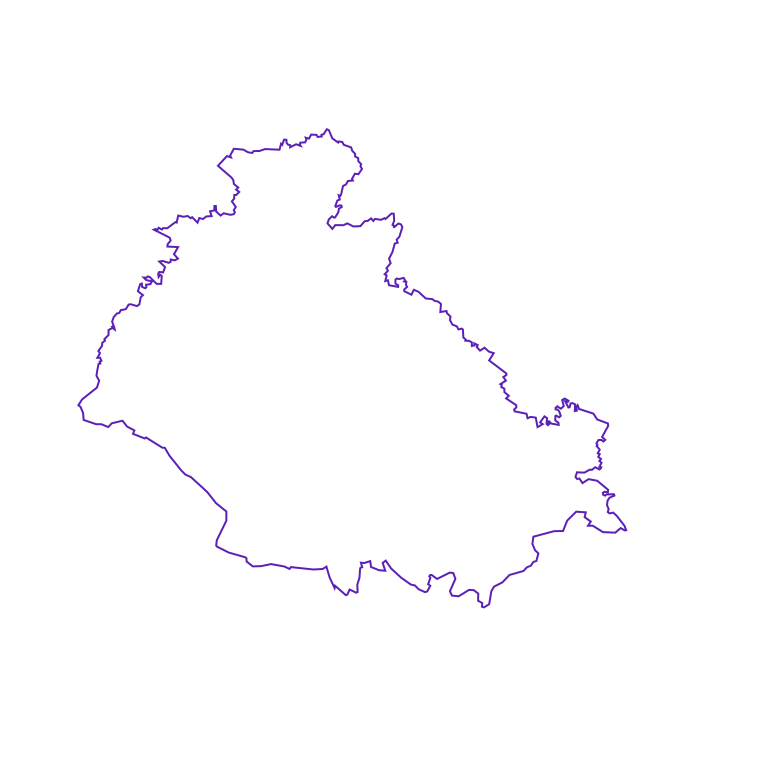 outline of Gaibandha, Rangpur, Bangladesh, rotated 111°
{"feature_id": "16705992B74857221285320", "entity_name": "Gaibandha", "entity_type": "district", "adm_level": 2, "iso_a3": "BGD", "parent_name": "Bangladesh", "parent_adm1": "Rangpur", "projection": "natural_earth1", "projection_center": [89.465, 25.343], "detail": "fine", "context": "isolated", "style": "outline", "palette": "violet", "viewbox_px": 768, "rotation_deg": 111, "n_neighbors": 0, "source": "geoboundaries", "source_scale": "gbopen_adm2", "svg_char_len": 6154}
<svg xmlns="http://www.w3.org/2000/svg" viewBox="0 0 768 768"><g transform="rotate(111 384 384)"><path d="M519.0,654.5L525.2,651.5L524.7,638.4L522.8,633.3L523.0,626.0L518.3,624.1L512.0,615.0L515.8,608.6L516.8,600.4L520.5,600.4L520.6,587.8L519.2,587.0L522.9,568.1L522.1,565.8L527.8,558.6L537.3,542.4L539.7,537.1L540.1,530.9L548.1,510.5L555.5,498.0L559.5,485.5L568.1,482.2L589.7,484.1L594.9,482.8L595.7,481.6L597.0,468.6L595.5,451.4L596.0,450.0L599.0,448.6L601.3,441.1L598.1,433.5L592.6,424.9L590.1,411.8L590.5,405.9L588.3,405.3L582.5,383.5L578.7,375.0L575.1,372.3L583.9,365.6L592.2,357.0L589.9,357.3L594.8,344.0L593.8,342.8L588.2,342.4L588.8,335.2L587.6,334.1L581.0,337.0L573.5,337.5L565.8,339.9L563.9,340.1L562.8,338.7L559.1,341.5L558.1,338.1L554.3,333.4L559.5,330.5L559.6,321.9L557.9,315.9L551.5,321.1L548.3,319.1L553.7,311.2L558.7,298.5L561.6,287.1L561.0,282.9L563.2,278.2L563.6,271.2L562.2,269.3L555.8,268.5L555.1,271.0L548.2,271.3L547.3,272.8L545.9,272.5L545.2,271.1L547.0,264.6L536.5,255.0L535.7,251.6L540.3,247.5L553.8,248.2L557.2,244.8L555.4,238.2L545.7,230.8L544.3,226.2L545.9,220.9L552.6,218.5L553.3,213.7L556.8,212.8L556.7,210.6L551.9,206.9L539.1,209.5L533.8,208.7L526.8,202.4L517.3,198.4L508.6,186.8L503.9,184.9L501.0,181.8L496.6,180.8L494.6,178.3L486.8,179.2L485.0,183.5L480.0,188.2L473.0,189.8L460.4,172.4L457.1,164.2L445.8,164.0L434.3,158.8L431.5,149.6L436.4,149.0L438.3,141.7L443.2,142.7L441.5,138.3L443.8,126.5L439.9,114.8L433.7,111.4L434.4,106.6L433.7,105.5L430.2,108.7L423.8,119.2L421.9,123.9L424.0,127.1L423.3,129.2L420.3,129.4L417.3,132.3L412.9,133.5L409.3,132.7L405.6,128.9L404.5,129.9L407.5,136.9L409.0,137.6L408.9,139.6L407.2,140.7L405.5,139.4L404.9,136.2L402.5,136.8L397.9,150.3L399.5,158.9L405.4,163.2L402.2,167.7L403.5,169.6L402.2,171.9L397.3,172.2L394.9,165.1L390.3,161.3L389.6,159.1L386.0,157.0L386.6,152.2L384.7,151.3L383.8,151.4L384.1,153.2L379.6,152.7L378.7,155.3L376.3,154.5L375.2,157.9L372.2,157.5L372.1,159.6L367.9,159.1L365.7,163.3L364.3,162.9L363.3,164.4L359.4,163.7L358.3,160.8L359.1,158.6L356.9,157.4L355.3,161.4L342.8,159.7L340.6,160.8L340.7,172.3L336.6,177.9L337.4,193.0L334.4,195.6L336.6,196.3L339.7,194.4L340.9,196.2L334.6,198.2L334.3,200.9L335.3,202.9L339.2,202.4L339.8,203.4L335.2,208.7L334.8,206.0L333.5,205.8L332.8,210.0L335.1,211.9L340.1,208.3L343.7,210.0L342.7,214.2L344.8,215.3L346.2,214.7L345.7,212.6L346.9,210.5L350.4,207.6L352.3,208.5L351.8,212.0L352.5,212.5L356.6,211.1L357.7,207.2L359.6,206.3L361.0,213.7L359.6,216.6L360.8,217.6L362.1,215.5L363.6,216.1L363.0,218.0L357.5,219.5L356.7,222.6L363.9,224.5L364.6,221.5L369.2,225.2L361.0,230.3L362.2,235.3L364.5,237.7L360.7,240.3L362.7,252.2L361.3,253.4L358.4,252.1L356.4,253.0L353.7,264.8L350.3,263.3L348.5,268.6L345.2,270.0L344.8,273.4L342.7,273.7L342.4,275.3L337.2,271.4L334.7,275.1L331.8,273.0L330.3,273.6L324.3,294.3L315.9,292.6L316.2,297.6L314.1,303.1L318.4,306.3L316.3,310.6L314.1,310.4L313.7,314.2L315.5,313.3L317.0,315.6L313.7,316.9L313.2,319.9L314.4,323.5L313.3,323.5L312.1,326.6L304.8,329.9L304.5,331.5L306.4,334.0L304.1,336.6L304.0,341.5L300.7,345.3L297.2,346.1L295.3,350.6L293.5,351.8L296.6,357.2L288.9,359.5L287.7,362.7L288.2,366.7L287.4,369.2L289.2,375.6L285.5,385.0L285.4,389.9L290.8,390.4L290.1,398.3L288.5,399.0L285.0,397.2L283.8,398.9L280.6,399.8L281.0,401.9L279.7,401.4L277.9,403.7L280.7,407.6L280.9,409.9L282.5,410.7L286.2,409.3L286.8,406.1L288.3,405.6L290.0,414.7L285.8,417.5L287.4,419.7L281.7,420.4L281.3,422.7L276.9,420.9L275.0,423.2L268.8,421.1L265.1,424.2L257.8,423.4L249.0,424.3L247.2,421.9L244.8,423.9L241.0,422.4L230.9,423.1L228.9,425.4L229.0,428.1L234.7,431.1L232.7,431.0L232.5,433.0L227.8,433.0L221.5,436.0L222.2,438.1L229.5,441.8L229.0,443.0L231.8,445.6L233.1,451.6L235.6,452.4L234.0,455.4L237.5,457.6L239.0,460.4L245.1,462.6L247.9,469.1L247.2,475.8L250.3,478.8L253.1,486.4L257.7,487.8L254.3,494.3L250.2,494.5L246.0,492.6L246.6,490.1L245.9,489.3L240.2,488.2L236.5,488.9L233.9,486.9L232.7,487.6L233.0,489.3L235.9,492.3L235.4,493.2L229.5,493.3L227.6,491.4L224.0,493.9L224.1,492.3L222.9,491.9L213.8,493.2L211.5,491.1L207.4,490.4L205.2,486.0L204.0,487.4L198.1,486.5L197.3,483.1L191.1,481.6L189.2,484.0L187.0,484.1L185.0,488.0L182.4,489.0L181.9,492.5L179.4,493.5L177.6,497.3L174.9,499.4L175.1,507.3L173.0,509.7L173.8,513.2L175.0,513.3L173.2,520.3L166.8,526.4L166.7,528.7L172.5,529.9L173.7,531.7L175.3,530.9L177.1,534.5L175.6,536.4L177.3,541.4L181.8,542.0L182.1,545.4L183.8,544.0L186.7,544.3L188.7,548.6L190.3,548.7L191.6,547.1L191.7,552.0L196.6,556.4L194.7,557.1L194.9,559.6L193.6,561.5L191.0,562.6L191.7,564.9L197.2,564.7L196.6,566.2L202.7,565.5L207.3,579.2L211.1,583.8L213.3,589.2L215.5,589.8L216.4,594.0L215.6,599.3L218.2,608.5L226.0,609.5L227.3,608.1L227.5,612.3L239.8,617.2L245.9,600.4L247.7,597.7L251.1,595.8L252.8,590.5L255.5,591.7L256.6,588.0L260.4,589.6L261.1,591.5L264.8,590.3L268.0,591.5L271.8,585.8L275.6,586.5L277.1,584.8L279.3,585.1L281.1,588.0L282.1,594.9L285.3,596.9L283.2,602.4L278.1,604.8L278.6,606.1L282.8,604.6L285.1,608.3L289.0,605.1L291.3,610.0L294.8,612.1L295.3,615.9L300.2,615.9L297.0,622.9L298.5,623.9L297.5,627.5L299.7,631.0L300.5,636.5L307.6,635.4L307.7,636.8L316.2,642.1L317.8,646.3L319.4,646.7L318.9,650.4L321.4,650.8L321.2,652.9L322.4,654.2L324.2,636.5L326.5,634.6L331.2,636.1L333.3,635.5L330.0,625.3L338.1,626.6L340.8,621.3L343.6,623.7L344.2,627.7L346.5,627.0L348.0,628.4L348.5,634.8L350.2,637.7L353.3,630.3L359.0,630.2L359.9,634.0L362.1,634.3L364.8,632.8L362.2,632.2L362.8,630.2L370.4,627.9L372.0,632.1L368.1,641.1L368.3,643.2L370.0,644.0L370.7,646.4L372.2,643.2L371.3,637.4L374.5,637.9L376.6,641.7L378.9,640.5L380.2,641.2L380.0,644.6L377.0,646.1L378.2,647.4L385.6,647.0L387.4,640.9L390.3,642.2L397.5,640.9L399.8,642.6L400.3,649.0L401.4,650.9L406.6,651.8L409.4,656.2L412.5,656.6L413.9,658.6L418.2,660.3L423.2,660.2L426.5,657.3L427.6,658.1L427.7,656.2L429.7,654.9L428.9,657.6L432.3,660.5L437.0,658.7L442.3,661.1L443.6,660.0L446.5,661.8L449.5,660.9L455.5,662.5L457.0,660.2L462.3,661.0L461.2,658.5L463.6,656.1L464.9,657.4L466.5,656.2L467.4,657.7L475.4,656.3L479.3,655.4L483.0,651.1L490.2,650.7L506.5,660.3L513.3,661.7L514.2,659.0L519.0,654.5Z" fill="none" stroke="#5b21b6" stroke-width="2"/></g></svg>